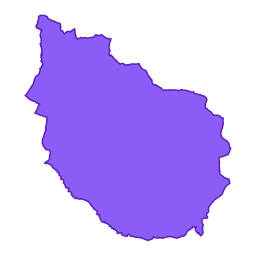 Bone Bolango, Gorontalo, Indonesia
{"feature_id": "22746128B41707288718561", "entity_name": "Bone Bolango", "entity_type": "district", "adm_level": 2, "iso_a3": "IDN", "parent_name": "Indonesia", "parent_adm1": "Gorontalo", "projection": "robinson", "projection_center": [123.251, 0.556], "detail": "fine", "context": "isolated", "style": "filled", "palette": "violet", "viewbox_px": 256, "rotation_deg": 0, "n_neighbors": 0, "source": "geoboundaries", "source_scale": "gbopen_adm2", "svg_char_len": 5704}
<svg xmlns="http://www.w3.org/2000/svg" viewBox="0 0 256 256"><path d="M223.2,118.6L222.7,117.9L221.3,117.6L219.8,116.1L218.1,115.3L213.5,115.2L211.2,112.0L209.9,111.4L209.2,110.6L207.6,109.8L206.9,108.5L205.0,107.5L205.5,105.1L205.6,102.8L206.5,101.2L206.8,99.6L206.3,97.8L205.3,97.2L204.4,96.2L203.4,95.9L202.2,95.8L200.7,94.8L199.2,94.7L198.0,94.2L194.9,93.7L194.5,93.4L193.6,91.9L191.9,92.2L186.5,90.4L182.9,90.1L181.6,89.5L179.3,90.6L174.4,89.9L171.1,90.1L169.7,89.7L167.1,90.3L165.7,90.0L163.8,90.3L162.0,89.1L160.8,87.8L159.4,87.4L158.6,86.5L157.0,85.8L156.0,84.9L155.5,84.8L153.9,85.0L151.9,82.4L152.0,80.4L151.8,79.7L149.7,77.8L149.4,76.3L148.5,75.7L147.3,74.3L147.0,72.3L145.7,70.5L142.7,69.2L141.6,68.2L139.7,65.3L139.1,63.8L138.6,63.6L137.0,64.1L131.2,64.0L129.3,64.9L127.6,64.6L126.0,65.1L124.9,64.8L123.1,63.5L121.5,63.6L120.2,64.0L119.7,63.9L118.8,62.9L117.5,62.1L116.9,61.1L114.5,59.0L113.2,57.3L111.1,55.2L110.3,55.0L109.2,55.4L109.1,53.2L110.0,51.0L110.0,50.3L108.8,48.1L108.8,47.5L109.3,45.8L109.4,43.1L110.6,40.5L110.9,38.9L109.6,39.0L106.3,38.0L103.7,36.4L102.1,34.9L101.3,34.8L99.3,35.6L96.0,34.8L95.2,35.3L93.4,37.3L90.6,37.5L87.6,38.4L85.6,37.6L82.5,37.9L80.6,37.6L77.6,39.1L77.1,38.7L75.9,36.7L75.7,34.8L75.1,33.6L74.8,29.5L74.4,28.8L71.3,31.1L70.0,31.7L68.2,31.3L66.3,32.1L64.8,33.5L64.2,33.7L63.8,33.4L62.8,31.2L62.2,30.8L60.7,30.5L60.7,26.7L60.4,24.1L59.8,23.4L57.6,22.9L55.5,21.9L54.8,21.3L52.2,20.8L51.6,20.1L50.2,19.9L48.3,18.7L47.0,16.5L45.8,16.2L44.5,15.4L40.3,15.4L38.6,16.6L38.5,19.8L37.7,21.5L37.4,23.8L36.5,25.0L36.0,26.7L37.0,28.2L38.3,28.5L39.6,29.2L40.5,29.3L41.8,30.1L40.9,30.9L41.2,31.6L40.9,32.2L40.8,33.1L40.1,34.4L40.6,37.3L41.2,38.0L41.0,40.5L41.3,41.7L41.2,42.6L40.1,44.1L40.5,44.7L41.3,47.6L41.8,48.3L41.5,49.6L42.1,50.5L41.9,52.4L41.2,53.3L41.5,53.9L42.2,54.3L42.2,55.0L41.0,55.1L41.0,55.4L41.3,56.0L40.9,57.3L41.4,57.7L41.9,59.7L41.1,60.6L40.9,61.1L41.7,62.0L42.4,63.3L42.8,65.3L41.9,65.5L41.9,66.2L41.6,66.5L41.3,67.6L39.9,68.5L40.3,70.5L39.8,71.1L38.9,74.3L38.3,74.9L36.5,75.9L35.4,77.2L34.5,79.3L33.7,82.7L32.9,84.5L30.8,87.6L29.5,90.0L28.3,91.5L27.7,92.8L25.3,95.5L29.0,99.0L33.6,101.3L34.9,101.1L36.7,103.1L38.1,103.1L40.2,104.5L39.1,104.3L38.5,105.0L38.3,106.3L37.6,107.9L37.6,109.2L36.4,110.4L35.1,113.1L36.5,113.4L39.7,115.0L40.6,115.0L44.4,116.6L47.0,117.1L46.6,123.4L45.9,125.6L45.6,128.6L45.8,128.6L45.8,129.1L46.3,129.4L46.2,129.7L44.6,132.9L43.7,136.7L42.6,138.9L42.3,142.9L43.4,146.2L44.0,146.9L44.4,146.9L45.6,149.2L46.7,149.8L49.2,150.0L50.6,152.0L50.0,153.8L49.5,156.4L49.5,158.3L49.0,159.8L48.4,160.5L45.3,162.4L45.4,163.0L45.1,163.1L45.6,163.3L45.7,163.0L46.0,163.0L46.0,163.4L45.8,163.3L46.0,163.5L46.1,163.2L47.0,163.1L48.5,163.7L48.9,164.1L50.0,164.0L50.5,164.3L51.1,165.5L52.3,166.2L52.8,167.5L52.7,167.6L53.2,168.2L55.7,169.6L56.1,170.6L57.0,170.4L57.4,171.3L57.3,172.0L58.2,172.9L59.2,172.9L59.1,175.2L59.5,175.7L60.4,175.9L61.0,177.2L61.1,177.9L60.7,178.8L61.2,179.5L62.7,179.4L63.3,179.9L63.6,180.9L63.4,182.8L64.1,183.4L64.7,184.7L65.4,185.3L65.3,186.2L65.7,187.3L66.8,188.1L67.5,187.7L67.8,188.1L68.8,188.0L69.0,188.1L69.1,188.8L68.3,190.1L68.3,191.3L68.6,191.6L69.7,191.6L71.4,192.2L71.8,193.0L71.4,193.3L71.4,194.7L71.9,195.4L72.8,195.5L73.0,196.7L74.1,197.4L75.3,198.6L76.2,198.4L76.5,198.0L76.6,198.4L78.4,198.6L79.2,199.1L80.6,199.1L81.3,198.8L85.3,200.1L86.8,201.2L88.2,201.2L91.3,205.4L91.5,206.1L92.2,206.2L92.6,206.7L93.5,208.5L94.1,209.1L94.7,209.2L95.1,209.8L97.0,211.0L97.2,212.8L97.1,213.6L96.7,214.1L97.6,214.3L97.9,214.8L98.5,214.3L99.2,214.7L98.9,214.9L99.2,215.0L99.5,215.7L99.2,216.1L99.4,216.7L100.3,218.4L100.5,219.2L100.3,219.3L101.1,220.3L101.6,221.6L103.5,222.3L103.8,221.7L104.4,221.5L104.9,221.9L104.9,222.9L106.9,223.3L108.4,224.6L109.0,224.7L109.5,225.4L109.4,226.1L109.7,226.4L110.3,226.2L110.9,226.5L111.7,227.6L111.8,228.3L113.1,228.5L113.7,229.4L115.0,229.6L116.8,231.2L117.3,232.1L117.3,233.4L119.4,232.7L120.0,232.9L120.1,233.2L121.0,232.6L121.6,232.9L122.1,233.5L122.2,234.1L121.7,234.8L121.8,235.0L122.7,235.0L123.8,235.7L124.6,235.8L124.8,235.5L125.3,235.9L127.0,236.4L127.4,236.2L127.5,235.2L127.8,234.6L128.6,234.2L130.2,235.4L130.5,236.2L131.4,236.1L132.2,236.5L133.4,236.5L135.9,237.4L137.7,237.3L139.8,237.7L140.8,237.4L142.0,238.4L142.7,238.6L143.7,238.6L145.3,239.6L147.6,240.1L148.2,240.6L150.7,239.3L152.0,239.1L153.2,237.9L153.6,236.9L154.6,237.6L157.1,238.0L157.3,237.6L157.6,237.5L158.5,238.0L159.4,237.7L160.1,238.0L161.5,237.7L162.6,238.3L163.3,237.8L165.5,237.5L166.4,237.1L169.9,236.5L174.1,237.3L176.3,238.2L180.3,237.0L181.3,236.2L183.6,236.1L185.4,234.9L187.5,231.0L190.2,229.4L191.1,228.4L192.4,228.1L192.6,227.0L193.3,226.5L194.0,226.7L194.8,227.4L195.9,226.8L196.2,226.9L195.4,228.2L195.4,230.2L196.7,232.1L197.2,232.2L197.5,233.1L198.0,233.2L198.4,232.7L198.8,232.8L198.4,233.5L198.9,233.8L200.7,235.8L202.8,233.6L203.1,232.0L202.7,230.8L202.7,229.1L202.2,227.1L203.4,225.6L201.9,222.3L202.0,219.2L203.8,218.2L205.3,218.1L206.2,218.3L207.4,217.9L207.6,217.1L206.8,215.8L206.5,213.9L207.9,212.6L208.6,211.4L208.7,210.8L208.5,208.7L209.0,206.4L209.9,205.6L212.3,202.2L213.3,201.8L213.3,201.2L214.3,200.0L219.2,196.7L221.8,194.5L222.5,193.5L223.7,190.1L225.7,186.6L226.5,185.7L229.8,183.3L229.3,180.6L228.7,179.0L227.6,179.0L225.6,178.0L224.8,178.0L222.2,175.7L221.2,175.4L220.2,174.2L219.7,172.6L219.8,170.4L219.3,169.9L219.3,169.0L219.6,168.1L219.3,167.0L219.3,162.7L219.5,161.9L219.0,159.8L219.0,157.6L227.9,154.7L228.3,154.3L230.7,148.4L230.2,148.0L229.7,146.9L228.7,142.9L228.2,142.6L227.5,141.5L222.1,137.8L221.0,134.8L220.8,133.0L221.3,130.6L222.3,127.9L223.2,123.8L223.2,122.1L222.8,120.3L223.2,118.6Z" fill="#8b5cf6" stroke="#5b21b6" stroke-width="1.5"/></svg>